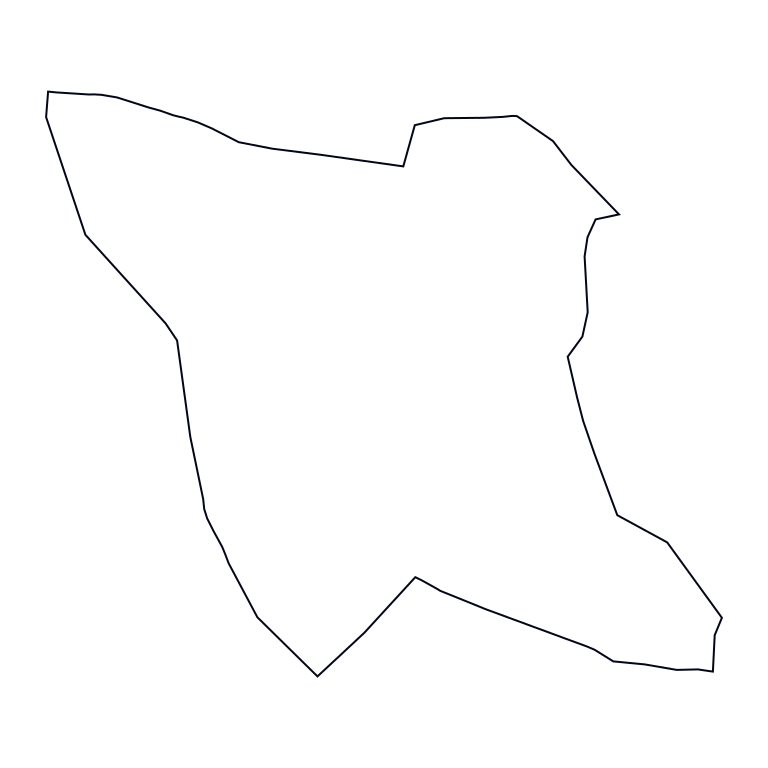 outline of Zapotitlán Palmas, Oaxaca, Mexico
{"feature_id": "50627088B57501900146660", "entity_name": "Zapotitlán Palmas", "entity_type": "district", "adm_level": 2, "iso_a3": "MEX", "parent_name": "Mexico", "parent_adm1": "Oaxaca", "projection": "mercator", "projection_center": [-97.834, 17.881], "detail": "fine", "context": "isolated", "style": "outline", "palette": "ink", "viewbox_px": 768, "rotation_deg": 0, "n_neighbors": 0, "source": "geoboundaries", "source_scale": "gbopen_adm2", "svg_char_len": 1051}
<svg xmlns="http://www.w3.org/2000/svg" viewBox="0 0 768 768"><path d="M502.6,116.9L483.9,117.8L444.2,118.2L414.8,125.2L403.3,166.4L361.2,160.5L320.8,154.8L272.3,148.7L238.8,142.2L213.7,129.4L212.7,128.8L197.9,122.4L183.1,117.6L178.9,116.7L173.0,115.2L160.3,110.7L148.0,107.3L116.9,97.4L101.3,94.8L94.2,94.4L89.0,94.5L56.1,92.4L48.1,91.6L46.1,117.1L85.4,234.8L120.5,273.6L165.6,323.4L177.1,340.5L190.3,436.9L203.2,499.2L204.2,509.0L207.1,518.3L213.5,531.0L222.2,546.9L225.2,554.2L228.7,563.4L257.4,617.3L301.7,660.9L317.5,676.4L364.3,632.8L415.3,577.2L421.1,580.0L437.5,589.1L440.2,590.8L479.3,606.6L485.9,609.3L489.5,610.6L532.6,626.5L556.8,635.4L564.6,638.3L587.0,646.5L594.5,649.7L613.3,661.4L644.7,664.4L676.7,669.9L698.1,669.4L701.1,669.9L712.9,671.6L714.7,635.2L721.9,617.8L667.2,542.4L617.3,515.2L594.4,453.6L583.2,421.1L577.2,397.9L567.7,356.7L582.4,336.6L587.7,312.3L584.6,256.4L587.5,237.3L595.6,219.4L619.0,214.4L571.4,165.0L553.0,141.1L517.1,116.2L514.9,116.0L512.4,115.9L502.6,116.9Z" fill="none" stroke="#020617" stroke-width="2"/></svg>